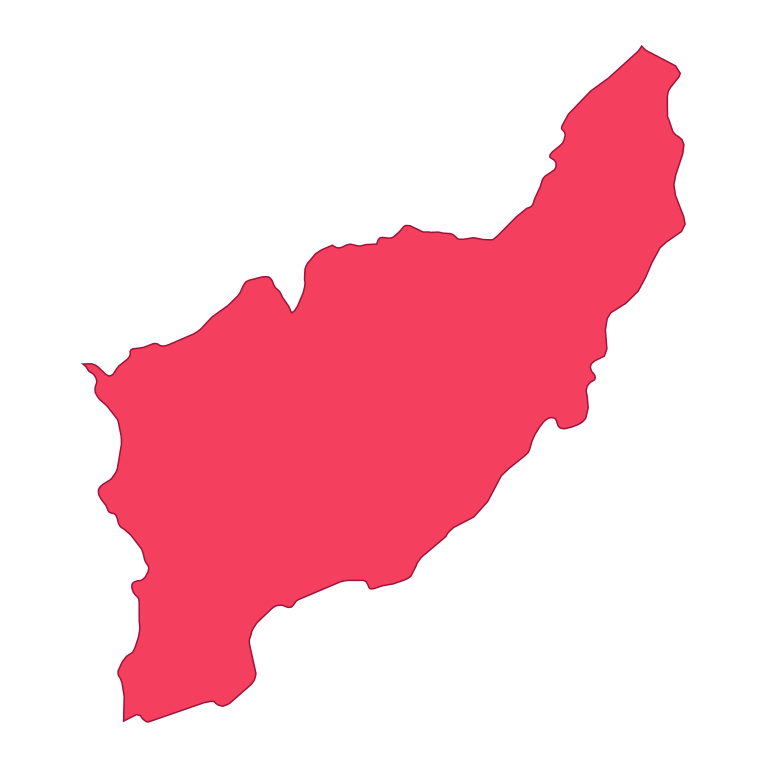 SVG path tracing the border of Uttaradit
{"feature_id": "THA-398", "entity_name": "Uttaradit", "entity_type": "Province", "adm_level": 1, "iso_a3": "THA", "parent_name": "Thailand", "parent_adm1": "", "projection": "natural_earth1", "projection_center": [100.438, 17.768], "detail": "fine", "context": "isolated", "style": "filled", "palette": "rose", "viewbox_px": 768, "rotation_deg": 0, "n_neighbors": 0, "source": "natural_earth", "source_scale": "10m", "svg_char_len": 4621}
<svg xmlns="http://www.w3.org/2000/svg" viewBox="0 0 768 768"><path d="M641.7,46.1L645.6,50.2L675.6,65.9L680.3,73.4L678.9,77.0L670.8,87.1L668.3,91.1L667.3,96.8L667.5,116.6L669.1,120.4L672.9,131.7L675.7,134.9L679.1,137.1L682.2,139.9L683.9,144.8L682.8,153.6L675.8,174.7L673.9,184.7L675.5,195.5L683.6,216.4L685.1,224.2L681.5,231.5L666.2,242.2L660.0,247.8L651.8,262.9L645.6,277.4L638.2,291.1L625.7,303.4L610.7,312.8L607.2,318.6L605.4,329.9L606.9,349.0L604.3,356.1L594.6,360.9L591.2,363.9L590.3,367.4L591.5,371.1L594.6,375.0L595.0,376.2L595.2,377.4L595.0,378.6L594.6,379.8L590.1,382.5L587.2,386.1L586.1,390.7L587.2,396.4L588.2,407.7L585.9,417.8L585.0,419.1L582.7,421.7L580.5,423.2L577.4,424.9L571.0,427.3L564.3,428.8L562.4,428.5L560.6,428.1L559.2,427.2L558.1,425.8L556.2,420.3L555.3,418.7L553.7,417.9L551.9,417.7L550.0,417.8L548.3,418.3L546.1,419.7L543.5,422.0L539.4,427.3L535.1,434.3L532.0,441.0L529.8,448.9L528.3,452.4L525.1,455.5L508.9,468.5L501.3,475.8L487.6,501.6L473.9,516.9L453.6,527.5L449.1,531.6L447.3,533.8L447.2,533.9L445.9,536.5L421.3,557.3L417.3,562.8L415.8,566.5L410.8,576.3L408.0,578.3L403.6,580.3L393.1,583.9L382.3,585.8L373.3,588.8L371.1,588.9L369.7,588.5L369.0,587.6L367.7,584.4L366.8,582.8L365.8,581.5L364.4,580.6L362.5,580.4L348.0,580.4L344.0,580.9L340.2,581.9L298.0,599.8L296.0,601.3L293.5,605.0L291.6,607.0L288.5,607.4L286.5,606.9L282.9,605.4L281.0,605.1L277.1,605.6L275.3,606.1L271.7,608.6L256.9,622.8L253.6,627.8L251.6,631.7L251.3,633.8L249.4,639.5L249.3,641.6L249.4,643.8L255.9,673.1L255.9,673.6L255.9,674.1L255.4,676.6L254.9,678.4L254.3,680.1L252.3,683.1L251.2,684.4L229.5,703.5L226.8,704.8L222.4,706.3L217.8,704.8L215.7,703.3L214.2,701.5L210.3,701.4L203.7,702.8L148.6,721.9L146.4,721.7L143.3,719.5L141.6,717.5L140.4,715.6L136.5,714.6L123.6,721.1L124.2,696.4L122.0,682.8L120.6,678.9L118.4,675.3L118.0,673.0L118.1,671.1L121.2,664.0L122.9,661.0L126.2,656.7L127.5,655.6L132.3,652.7L133.8,650.3L135.5,646.3L138.5,637.0L139.5,631.2L139.8,627.1L139.2,621.1L139.2,601.5L138.5,598.3L137.3,596.8L136.0,595.6L134.6,594.1L133.2,592.0L131.9,588.1L131.8,585.8L132.1,584.2L132.7,583.1L133.8,582.2L135.3,581.5L137.2,580.9L141.2,580.4L143.3,579.0L145.5,576.7L148.1,571.6L148.7,568.5L148.4,566.2L146.4,563.4L145.3,561.4L144.4,559.0L143.6,555.1L142.1,550.3L141.3,548.7L130.9,535.1L124.4,529.4L121.3,527.5L119.8,525.9L118.5,523.6L117.4,519.0L116.5,516.4L115.3,514.5L114.0,513.6L112.2,513.3L110.5,512.8L109.0,511.9L108.0,510.4L105.9,505.4L100.9,498.8L98.9,494.9L98.4,492.1L98.5,489.7L99.3,488.0L100.4,486.6L102.8,484.4L110.2,479.8L111.4,478.7L112.4,477.4L115.5,473.0L116.5,471.1L117.4,468.4L121.4,444.5L121.4,439.2L121.1,435.7L118.2,421.4L117.4,419.3L106.7,405.6L100.3,400.1L98.9,398.5L97.3,396.3L95.3,392.6L95.0,389.4L95.4,386.5L96.7,382.6L96.6,380.3L96.0,378.2L95.2,376.6L94.2,375.1L93.1,373.9L91.6,372.9L90.1,372.1L88.7,371.0L85.9,366.5L82.9,364.0L91.6,363.8L95.6,365.2L98.4,367.3L105.8,374.3L108.7,376.0L110.8,375.7L113.0,374.4L116.8,368.6L118.8,366.0L127.4,359.2L129.6,356.4L130.4,353.8L130.0,351.9L130.7,350.1L132.6,348.9L142.1,347.7L144.7,347.0L153.1,343.7L155.9,343.5L158.0,344.1L159.3,345.1L160.9,345.8L162.8,346.0L164.8,345.9L168.5,344.8L193.5,334.0L197.3,331.7L200.5,329.3L212.0,317.0L228.0,305.5L237.9,295.8L240.1,292.7L243.1,286.0L245.1,282.8L246.2,281.6L249.0,280.3L261.7,277.0L266.0,276.7L269.0,277.1L270.3,278.3L271.4,279.4L272.3,281.1L273.7,284.7L274.6,286.4L275.6,287.8L279.3,291.2L280.3,292.6L282.6,297.5L288.6,306.1L289.4,307.7L290.8,311.4L291.8,312.8L294.3,311.0L297.5,306.3L303.2,292.8L304.6,286.9L305.1,282.7L304.7,280.9L304.5,278.8L305.0,269.3L305.9,266.3L307.6,263.2L315.3,254.1L316.0,253.4L321.7,249.8L332.4,245.2L335.2,247.0L336.6,247.6L338.7,247.9L340.8,247.6L343.1,246.7L346.2,245.2L348.6,244.4L350.8,244.2L358.3,246.0L360.4,246.0L365.8,244.6L376.6,244.1L378.2,239.7L380.0,237.8L382.4,237.4L388.3,238.1L391.0,238.0L393.3,237.1L399.7,231.4L403.7,226.6L405.7,225.5L409.9,225.7L423.2,232.0L428.9,232.0L430.5,232.4L437.9,232.1L439.6,232.3L442.8,233.1L450.4,233.6L452.0,234.2L453.4,234.9L454.8,236.0L457.3,238.5L459.0,239.2L463.1,239.3L472.9,237.8L474.9,237.9L482.9,239.5L491.1,239.9L493.1,239.5L497.1,236.3L516.4,216.8L526.8,208.3L528.6,207.8L530.4,207.1L532.0,205.7L533.2,203.5L534.6,199.0L540.4,186.3L542.3,180.0L543.5,177.9L545.5,175.8L554.0,170.2L555.2,168.7L556.0,166.8L556.0,163.3L555.2,161.3L553.8,159.8L551.0,158.1L549.8,156.9L550.1,154.8L552.1,152.1L560.4,145.3L562.8,142.8L564.0,140.2L565.2,135.2L564.7,132.6L563.6,131.0L562.4,130.0L561.6,128.6L561.7,126.9L562.4,125.2L568.4,114.2L590.8,90.9L608.6,78.0L638.5,50.9L641.7,46.1Z" fill="#f43f5e" stroke="#9f1239" stroke-width="1.5"/></svg>